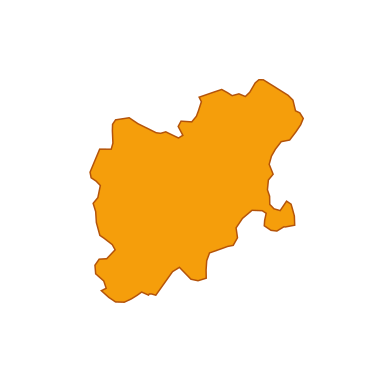 Jinju-si, South Gyeongsang, South Korea, rotated 304°
{"feature_id": "91817680B32789615967236", "entity_name": "Jinju-si", "entity_type": "district", "adm_level": 2, "iso_a3": "KOR", "parent_name": "South Korea", "parent_adm1": "South Gyeongsang", "projection": "orthographic", "projection_center": [128.134, 35.192], "detail": "fine", "context": "isolated", "style": "filled", "palette": "amber", "viewbox_px": 384, "rotation_deg": 304, "n_neighbors": 0, "source": "geoboundaries", "source_scale": "gbopen_adm2", "svg_char_len": 1430}
<svg xmlns="http://www.w3.org/2000/svg" viewBox="0 0 384 384"><g transform="rotate(304 192 192)"><path d="M175.9,91.5L151.4,96.4L147.4,100.4L147.4,106.4L146.1,112.4L134.7,117.1L127.3,116.4L121.9,123.1L113.2,129.8L104.5,139.9L104.5,144.6L103.8,155.3L101.1,160.6L89.0,158.6L84.4,152.6L77.0,152.5L70.3,157.9L68.9,168.6L64.2,174.7L59.5,172.0L58.1,182.0L58.1,190.1L62.8,197.5L69.5,201.5L75.5,204.2L80.9,206.2L82.2,213.6L83.6,213.6L84.9,215.6L86.2,219.7L115.1,220.4L122.5,223.7L119.1,239.9L121.8,246.6L128.5,252.0L135.2,247.3L143.3,242.6L151.3,240.6L162.1,248.6L166.8,252.0L170.8,256.0L179.5,255.3L186.9,248.6L198.3,248.6L210.4,252.0L215.8,260.7L215.8,265.4L209.1,268.1L204.4,270.8L204.4,278.9L207.1,284.2L214.5,287.6L215.2,288.9L221.9,295.7L229.3,290.3L234.6,284.2L237.3,280.9L237.3,275.5L225.9,275.5L223.9,269.4L225.2,263.4L231.9,258.7L236.0,253.3L244.7,248.6L252.1,249.3L258.1,240.5L266.2,237.8L274.2,237.2L283.6,237.8L289.7,243.9L299.8,244.5L308.5,244.5L315.2,243.1L317.9,237.1L317.2,232.4L324.6,224.3L325.9,217.6L324.9,188.4L322.5,184.7L317.8,183.4L307.0,184.1L301.0,182.8L299.6,176.0L294.3,171.4L294.2,166.0L293.6,159.3L287.5,154.6L274.6,144.9L272.1,149.3L262.7,152.0L257.3,153.3L250.0,152.6L244.6,143.3L238.6,143.9L233.9,152.7L229.2,150.6L227.2,136.6L223.1,133.2L221.1,129.2L218.4,109.1L218.4,98.4L209.1,88.3L203.7,88.3L198.3,91.7L188.3,99.1L182.3,101.1L175.9,91.5Z" fill="#f59e0b" stroke="#b45309" stroke-width="1.5"/></g></svg>